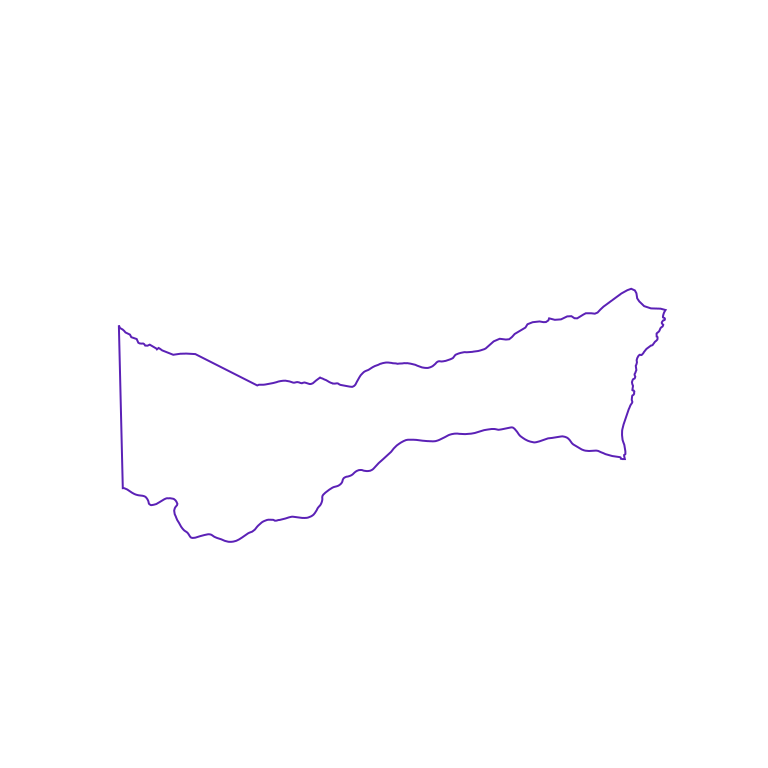 outline of Morne Sion, Choiseul, Saint Lucia, rotated 236°
{"feature_id": "8701671B5294461890646", "entity_name": "Morne Sion", "entity_type": "district", "adm_level": 2, "iso_a3": "LCA", "parent_name": "Saint Lucia", "parent_adm1": "Choiseul", "projection": "robinson", "projection_center": [-61.055, 13.791], "detail": "fine", "context": "isolated", "style": "outline", "palette": "violet", "viewbox_px": 768, "rotation_deg": 236, "n_neighbors": 0, "source": "geoboundaries", "source_scale": "gbopen_adm2", "svg_char_len": 6166}
<svg xmlns="http://www.w3.org/2000/svg" viewBox="0 0 768 768"><g transform="rotate(236 384 384)"><path d="M443.7,109.2L443.3,109.9L442.7,110.5L440.2,112.1L434.8,114.3L432.3,115.6L431.0,116.5L429.7,117.6L428.8,118.5L426.3,121.4L425.0,122.5L424.3,122.9L423.6,123.2L422.1,123.4L420.6,123.4L418.6,123.1L416.6,122.3L416.3,122.2L415.6,122.3L414.1,122.9L413.6,123.5L412.7,125.5L411.8,128.1L411.7,130.2L411.6,131.4L411.3,137.5L410.9,139.6L410.5,140.4L409.6,141.6L409.0,142.7L406.7,145.1L406.1,145.5L404.5,146.0L403.7,146.1L402.5,146.1L400.2,145.7L399.3,144.7L398.6,142.3L398.0,141.1L396.9,139.8L396.3,139.2L393.1,137.7L390.6,137.3L389.4,137.0L386.8,136.5L383.6,136.4L379.2,136.0L376.8,136.1L375.3,136.3L374.3,136.5L373.5,136.8L371.6,137.6L370.5,137.9L369.3,138.0L365.7,137.9L364.5,138.2L363.6,139.0L362.9,140.1L362.1,141.7L360.6,146.7L359.2,150.7L357.9,153.9L357.5,154.6L356.7,155.6L355.5,156.6L352.2,157.9L351.4,158.4L349.7,159.5L346.3,162.2L343.0,164.3L340.3,166.7L339.3,168.0L338.4,169.4L337.6,171.0L336.9,173.0L336.6,173.9L336.5,174.7L336.2,176.9L336.1,180.3L336.2,188.0L336.0,189.3L335.3,192.2L335.5,195.5L336.6,198.9L337.0,200.6L337.6,205.2L337.6,206.4L337.4,208.0L336.7,211.0L336.0,212.5L333.5,216.0L333.1,216.4L331.7,217.1L330.8,218.6L330.3,220.3L329.6,221.6L327.6,227.1L326.6,230.6L325.6,233.2L325.2,233.9L324.8,234.4L318.8,241.2L317.5,243.0L316.2,245.2L315.7,246.5L315.1,249.3L315.0,250.2L315.0,251.5L315.1,252.6L315.7,254.6L317.1,257.8L317.9,259.1L318.3,260.0L318.8,261.7L319.1,263.2L319.7,264.5L320.1,265.2L321.1,266.6L322.1,267.7L323.0,268.5L324.7,269.5L325.6,270.4L326.2,271.7L326.7,274.6L327.0,279.5L326.9,283.3L326.6,284.9L325.6,287.7L325.2,289.4L325.2,291.2L325.4,292.7L325.9,294.1L326.5,295.0L327.6,296.2L328.0,296.9L328.4,297.8L328.5,298.5L328.4,299.8L328.1,301.1L327.5,302.3L326.9,304.3L326.6,306.0L326.6,307.5L327.1,310.2L327.2,312.5L326.7,314.9L325.9,316.4L325.0,317.6L323.4,318.8L321.7,320.7L320.8,322.0L319.8,324.1L319.5,326.3L319.6,327.7L321.4,335.3L322.2,341.3L323.8,352.0L325.1,356.0L325.9,360.2L326.0,362.6L326.0,365.3L325.7,368.4L325.2,370.9L324.4,372.7L321.8,376.6L319.7,379.4L315.4,384.3L312.5,387.9L309.1,392.5L308.0,394.4L307.6,395.4L307.0,397.4L306.7,398.9L305.9,404.7L305.5,408.8L305.3,409.8L304.6,412.0L303.4,414.7L302.5,416.1L301.8,417.2L300.7,418.4L297.1,423.2L294.1,428.5L292.6,431.9L289.8,441.1L288.3,444.4L286.5,448.1L284.9,450.4L284.0,451.4L282.5,452.8L281.9,453.5L280.7,456.0L277.2,464.5L276.7,465.5L276.2,466.1L275.4,466.7L273.7,467.2L270.0,467.6L266.6,467.6L264.6,467.9L261.8,468.9L259.0,470.1L256.5,471.5L254.4,473.1L251.8,475.6L251.2,476.5L250.7,477.5L249.5,480.9L247.2,489.6L245.3,493.2L241.6,501.2L240.8,502.7L239.1,504.4L237.4,505.6L235.9,506.2L233.7,506.6L229.8,506.7L228.1,507.1L219.2,511.3L217.2,512.7L216.0,513.8L213.8,516.5L210.2,522.6L209.1,523.8L208.5,524.3L206.3,525.6L204.0,527.2L202.0,528.4L196.6,533.0L191.5,538.6L190.8,539.0L190.0,538.9L189.6,538.6L188.6,539.5L187.1,541.7L190.2,542.9L190.9,543.5L190.8,544.5L191.0,545.0L193.3,546.5L199.2,549.2L201.7,549.8L204.2,550.5L208.6,552.8L212.0,555.2L213.0,556.1L216.5,560.0L226.3,572.9L226.8,573.8L228.5,576.3L229.7,579.2L230.3,579.9L232.3,580.5L234.6,582.4L235.5,583.3L235.6,583.6L235.5,584.7L236.0,585.9L236.7,586.3L237.9,587.4L239.1,587.3L239.5,586.7L240.1,586.5L243.2,589.4L245.1,589.8L246.9,590.6L248.3,592.4L248.5,592.8L248.7,593.5L248.4,594.7L248.6,595.2L249.5,596.4L251.0,596.7L252.0,597.2L252.9,598.9L253.6,599.7L254.4,601.0L258.3,602.9L259.0,604.1L260.5,605.8L262.5,606.8L263.9,608.5L265.0,610.6L265.3,612.2L265.0,612.7L264.3,613.2L264.0,613.8L264.5,616.1L265.1,617.3L266.3,621.1L266.4,622.7L266.6,626.9L266.3,627.3L266.1,628.4L267.5,632.3L267.6,633.9L268.0,635.5L269.2,636.6L270.3,637.0L270.9,636.6L273.3,638.1L273.5,638.5L273.8,641.3L274.2,642.2L275.6,644.3L275.9,645.4L275.9,647.0L276.3,647.8L276.9,648.6L277.9,648.4L278.5,648.3L279.3,648.4L279.7,648.8L280.2,649.7L280.5,650.8L280.6,651.2L280.2,652.1L280.3,652.8L281.1,653.4L281.9,653.4L282.9,652.7L283.3,652.6L284.1,653.1L285.4,654.5L286.6,656.1L287.5,657.8L287.9,658.8L291.8,655.4L297.4,647.6L303.1,643.2L309.7,641.8L313.4,641.8L318.1,644.0L321.3,644.3L324.7,642.2L325.7,638.2L326.3,631.4L325.4,609.2L324.7,604.9L323.8,601.0L324.4,598.1L326.9,595.2L329.8,590.9L330.1,588.0L330.4,580.9L332.0,578.7L335.4,577.3L337.6,573.7L338.6,566.9L341.7,561.5L346.1,557.6L344.8,555.8L344.8,552.9L346.1,550.8L348.9,547.9L352.1,541.8L353.3,536.4L351.7,532.8L352.4,520.3L351.4,516.4L351.1,512.8L352.7,509.9L356.8,505.2L358.0,498.8L356.6,488.2L356.8,486.6L357.9,482.8L358.7,480.5L360.8,476.3L361.3,475.1L364.0,470.4L365.3,468.7L365.7,467.9L366.9,465.0L367.6,462.8L368.0,460.9L368.2,459.8L368.1,459.0L367.0,455.8L367.1,454.5L367.4,452.8L368.7,448.0L369.1,447.2L369.5,446.2L370.4,444.4L372.1,442.4L372.5,441.1L372.5,439.7L372.1,438.2L371.9,437.1L371.6,434.2L371.9,432.2L372.1,431.4L372.8,429.3L373.6,428.1L374.8,426.6L376.5,424.8L380.6,421.8L382.4,420.7L386.0,417.4L388.4,414.8L388.8,414.0L389.8,412.7L390.4,411.6L390.9,410.5L392.3,408.3L393.2,406.5L394.4,405.4L396.3,402.9L397.2,402.1L399.6,399.3L400.7,397.6L401.6,395.6L402.2,394.1L402.4,393.2L402.8,392.3L403.1,390.0L404.0,386.4L404.3,383.9L404.4,379.0L405.1,375.8L405.2,374.1L404.9,372.3L404.3,369.6L403.3,367.3L401.1,362.9L399.5,360.0L399.1,358.3L399.3,356.3L400.0,355.3L401.2,353.9L407.6,347.4L408.7,346.7L409.9,346.3L410.7,345.6L411.0,345.1L411.8,343.5L413.1,341.7L413.8,341.4L414.6,340.7L416.1,339.8L419.5,338.2L421.4,336.9L422.9,336.1L424.4,334.9L425.1,334.6L424.9,329.7L424.7,328.1L424.4,325.4L424.8,323.7L425.1,323.0L425.7,322.2L429.0,319.6L429.5,319.1L429.8,318.8L430.5,316.9L430.5,316.4L431.6,315.3L432.7,314.6L434.0,313.3L434.4,312.6L435.2,310.5L435.9,309.5L439.0,307.1L441.9,304.1L443.1,302.2L444.2,300.0L445.1,297.8L445.7,295.7L446.8,292.6L450.0,285.2L451.0,283.3L453.3,280.0L453.7,278.1L514.3,244.3L519.7,237.2L523.0,232.0L526.1,225.6L535.9,218.9L538.4,218.0L539.9,217.3L539.7,215.1L540.7,215.1L547.6,211.8L548.0,209.4L549.4,207.5L551.1,207.5L552.2,207.0L553.2,205.4L554.3,204.1L555.6,203.4L559.6,204.1L564.1,200.7L567.0,201.0L571.3,198.5L573.2,198.3L575.3,197.8L578.1,196.4L580.9,197.0L443.7,109.2Z" fill="none" stroke="#5b21b6" stroke-width="2"/></g></svg>